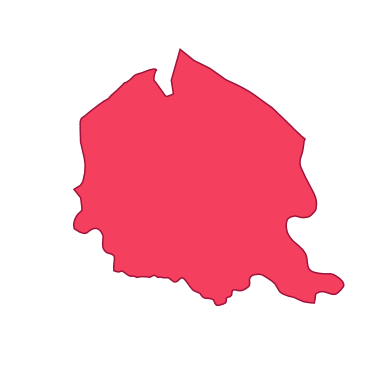 Can Gio, Vietnam, rotated 164°
{"feature_id": "81297802B7702852417854", "entity_name": "Can Gio", "entity_type": "district", "adm_level": 2, "iso_a3": "VNM", "parent_name": "Vietnam", "parent_adm1": "", "projection": "orthographic", "projection_center": [106.861, 10.519], "detail": "fine", "context": "isolated", "style": "filled", "palette": "rose", "viewbox_px": 384, "rotation_deg": 164, "n_neighbors": 0, "source": "geoboundaries", "source_scale": "gbopen_adm2", "svg_char_len": 5809}
<svg xmlns="http://www.w3.org/2000/svg" viewBox="0 0 384 384"><g transform="rotate(164 192 192)"><path d="M68.7,211.7L71.7,216.0L72.8,218.1L74.3,220.4L76.7,224.5L78.4,227.8L79.8,230.2L81.0,232.2L81.7,233.5L82.5,234.9L82.9,235.7L83.6,236.7L83.7,237.0L84.5,238.3L86.1,241.2L88.1,244.5L89.0,246.2L91.8,250.9L101.5,263.2L105.1,267.9L105.3,268.1L109.2,272.7L114.3,277.9L119.5,282.8L123.2,286.0L126.5,288.8L128.6,290.7L129.5,291.8L131.2,294.0L141.0,306.1L153.9,317.9L164.1,332.4L181.1,305.1L182.8,291.5L185.3,291.0L189.3,290.7L190.9,291.4L191.7,293.4L196.7,307.6L197.5,308.9L197.7,310.1L197.4,311.4L196.4,313.9L195.5,315.7L193.4,318.4L192.6,318.9L192.6,319.4L192.9,319.8L194.4,320.7L199.2,321.1L207.5,320.4L211.4,320.4L213.6,320.2L215.3,319.8L217.1,318.9L219.8,317.4L222.1,316.3L223.3,316.1L224.3,315.6L225.6,315.5L226.5,315.5L227.2,315.4L228.9,314.3L235.7,310.6L243.1,307.1L245.3,305.7L246.2,305.0L247.6,304.5L248.8,304.2L251.5,303.7L254.3,302.6L257.1,301.7L267.0,297.8L268.2,297.3L273.6,294.9L275.1,294.3L277.0,293.7L278.0,293.1L278.7,292.5L279.2,291.8L280.1,290.3L280.5,288.9L281.0,287.5L281.4,285.5L281.7,284.9L285.3,270.9L286.2,254.4L287.1,248.0L289.7,240.2L294.1,232.0L297.5,229.1L304.7,227.1L300.6,217.2L301.9,208.8L302.2,206.7L302.8,205.4L303.1,204.7L304.1,204.0L307.3,202.4L309.1,201.1L310.9,199.4L312.5,197.5L313.4,196.0L314.0,194.9L314.5,193.8L314.9,192.6L315.0,191.7L315.3,189.7L315.3,189.1L312.6,186.2L311.5,184.9L309.7,183.5L307.2,182.0L305.3,181.6L303.9,181.9L302.0,182.7L298.9,183.7L297.2,183.9L294.9,183.7L293.5,183.1L292.4,182.2L291.3,180.8L290.5,179.3L290.0,177.3L289.6,175.3L289.7,173.5L289.9,173.1L290.1,172.7L290.6,171.2L291.4,169.1L292.4,166.1L292.8,163.6L292.8,161.9L292.4,160.3L291.6,158.6L290.9,157.6L289.9,156.6L287.0,154.9L285.7,153.7L285.0,152.7L284.6,151.8L284.5,151.3L284.6,150.6L284.9,149.4L285.2,148.5L285.5,147.8L286.1,146.4L286.7,144.8L287.2,143.4L287.6,142.5L287.9,141.6L288.2,140.3L288.4,139.4L288.8,138.0L288.7,138.0L288.4,137.7L287.9,137.3L287.2,136.7L285.9,136.0L285.2,135.6L284.6,135.4L284.1,135.3L283.6,135.3L283.2,135.3L282.6,135.4L282.2,135.4L281.7,135.5L281.3,135.3L281.0,135.2L280.7,135.0L279.6,133.8L278.5,132.4L276.9,130.3L276.2,129.5L275.6,128.9L275.0,128.5L274.6,128.2L273.7,127.8L273.0,127.6L272.3,127.5L271.6,127.4L271.1,127.2L270.5,126.8L269.6,126.0L268.9,125.3L268.3,125.1L267.6,124.9L267.1,124.9L266.0,124.9L263.7,124.5L262.3,124.1L258.8,122.9L257.6,122.3L256.6,121.9L256.0,121.7L255.4,121.7L254.5,122.0L253.6,122.2L252.6,122.3L252.0,122.3L251.3,122.2L250.9,122.1L250.6,121.9L250.1,121.5L249.7,121.0L249.3,120.5L248.9,119.9L248.2,119.4L247.6,119.2L247.0,119.1L246.5,119.1L246.1,119.1L245.4,118.7L244.2,118.0L243.2,117.5L242.4,117.2L240.8,116.8L239.6,116.5L238.5,116.0L237.6,115.3L236.6,113.7L235.5,112.4L234.7,111.2L234.2,110.7L233.5,110.3L232.9,110.2L231.9,110.1L231.0,110.2L230.2,110.5L229.4,110.9L228.7,111.3L227.9,111.7L226.9,112.1L226.2,112.3L225.4,112.2L224.7,112.0L224.2,111.6L223.4,110.3L222.2,107.8L219.7,100.9L218.5,98.2L217.8,97.1L216.9,96.2L216.1,95.5L214.4,94.1L213.2,93.2L212.9,93.0L212.3,92.4L212.0,91.5L211.4,89.7L210.8,88.4L209.9,87.4L208.9,86.5L208.1,86.1L207.0,85.7L205.9,85.3L205.2,85.1L204.8,84.9L203.8,84.4L202.6,83.8L201.3,82.6L200.9,81.3L200.8,80.5L200.8,79.7L200.7,79.0L200.5,78.4L200.2,77.6L200.1,77.2L199.8,76.7L199.5,76.4L198.8,76.1L197.6,75.8L196.4,75.7L193.0,75.7L191.9,75.9L190.9,76.0L190.6,76.1L190.1,76.4L189.6,77.1L189.3,77.5L189.0,78.0L188.8,78.9L188.5,79.8L188.2,80.4L187.5,80.8L187.1,81.0L185.9,81.0L185.0,80.9L184.4,80.9L183.4,81.4L182.6,81.8L182.3,82.2L181.9,82.9L181.5,84.0L181.0,85.1L180.4,85.9L179.6,86.4L178.9,86.5L178.4,86.3L177.2,85.9L175.5,84.9L174.0,84.2L172.7,83.8L171.7,83.6L170.4,83.6L169.0,83.8L167.6,84.1L165.6,84.7L164.4,85.1L162.7,86.2L162.5,86.5L162.1,87.4L161.7,88.5L161.3,90.2L161.0,91.6L160.5,92.8L159.9,93.5L158.7,94.5L157.6,95.0L156.7,95.3L156.0,95.3L154.8,95.3L153.0,95.0L151.0,94.7L149.5,94.2L148.2,93.5L146.7,92.4L143.2,88.5L141.0,85.9L139.9,84.6L137.9,81.5L137.5,80.6L137.0,78.9L136.6,77.4L136.2,75.7L135.9,74.6L135.0,71.8L133.5,69.7L131.3,67.8L127.7,65.2L123.5,62.9L121.3,61.2L120.5,60.4L119.6,59.6L116.8,57.3L115.2,56.0L113.9,55.3L112.3,54.5L108.0,52.6L105.1,51.6L103.9,53.8L103.5,54.7L102.8,56.1L101.3,59.6L100.9,60.0L100.2,60.3L99.3,60.4L98.6,60.6L97.7,60.7L96.9,60.7L96.3,60.7L95.7,60.6L94.7,60.4L93.8,60.2L93.1,59.9L92.4,59.6L90.2,58.2L86.8,55.9L85.6,55.2L85.0,54.9L84.4,54.7L83.6,54.5L82.4,54.2L80.8,54.5L78.8,55.3L76.2,56.7L74.4,58.0L72.9,59.1L72.3,59.6L72.0,60.1L71.9,60.4L71.7,60.9L71.7,61.3L71.6,61.9L71.7,62.3L71.7,63.0L71.8,63.7L71.9,64.1L72.2,64.9L72.6,65.7L73.3,67.0L74.0,68.2L74.6,69.0L75.4,70.0L76.3,71.1L77.5,72.4L78.7,73.6L79.7,74.3L81.4,75.2L82.1,75.4L82.4,75.5L83.6,75.8L83.9,75.9L85.9,76.4L87.4,76.9L88.1,77.1L92.2,78.8L95.2,80.3L97.7,81.8L99.1,83.2L100.0,84.5L100.4,85.0L100.5,85.2L100.6,85.4L100.8,86.6L100.9,87.6L101.0,89.1L100.8,90.4L100.7,91.9L99.8,97.0L99.8,100.4L100.6,103.5L101.5,106.1L103.4,109.4L105.4,112.7L106.5,114.2L107.6,115.9L108.4,117.1L108.5,117.3L110.0,120.6L110.5,122.1L110.9,123.7L111.3,125.6L111.5,126.5L111.4,129.5L111.2,131.2L110.8,133.1L110.3,134.8L109.5,136.8L109.3,137.1L108.6,138.4L107.3,139.7L105.8,140.3L104.6,140.7L103.5,140.8L102.1,140.7L100.4,140.7L99.0,140.3L96.7,139.0L94.1,137.4L93.8,137.3L92.0,136.7L90.7,136.4L88.8,136.1L88.0,136.1L86.9,136.0L85.7,136.2L84.1,136.8L83.5,137.1L82.4,137.7L81.9,138.0L81.3,138.3L80.6,138.8L80.0,139.1L79.5,139.5L79.0,139.9L78.6,140.2L78.1,140.6L77.9,140.9L77.1,142.4L76.5,144.2L75.9,145.4L75.4,146.9L75.0,149.0L74.8,151.8L74.8,152.8L74.9,153.7L75.2,156.8L75.8,159.7L75.8,159.9L78.8,174.3L80.6,186.0L80.5,188.3L80.2,190.2L79.6,191.9L79.1,193.3L78.0,195.2L76.8,197.0L74.8,200.0L73.7,202.2L72.2,205.4L71.1,207.8L70.4,209.7L69.4,211.0L68.7,211.7Z" fill="#f43f5e" stroke="#9f1239" stroke-width="1.5"/></g></svg>